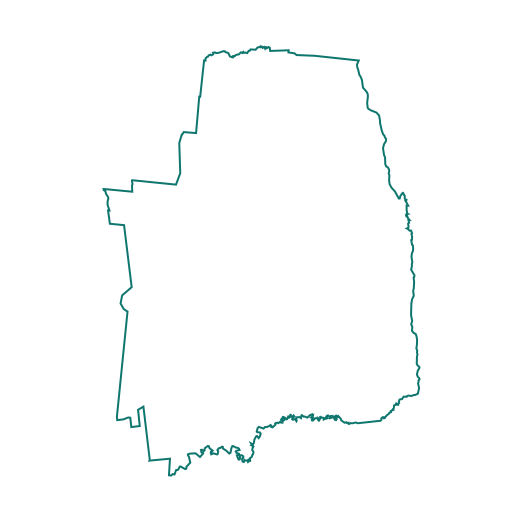 the district of Calamuchita, Córdoba, Argentina, rotated 173°
{"feature_id": "61730980B46916447207534", "entity_name": "Calamuchita", "entity_type": "district", "adm_level": 2, "iso_a3": "ARG", "parent_name": "Argentina", "parent_adm1": "Córdoba", "projection": "orthographic", "projection_center": [-64.638, -32.22], "detail": "fine", "context": "isolated", "style": "outline", "palette": "teal", "viewbox_px": 512, "rotation_deg": 173, "n_neighbors": 0, "source": "geoboundaries", "source_scale": "gbopen_adm2", "svg_char_len": 5879}
<svg xmlns="http://www.w3.org/2000/svg" viewBox="0 0 512 512"><g transform="rotate(173 256 256)"><path d="M130.2,437.5L173.5,447.6L191.2,450.5L193.2,452.5L199.0,454.1L198.5,456.2L216.9,457.8L216.9,461.0L218.1,461.9L219.8,460.9L220.3,462.1L220.7,462.1L221.7,460.7L222.4,462.5L223.8,461.8L224.1,462.8L225.5,462.5L225.8,463.6L227.1,462.9L229.2,462.7L231.2,460.8L236.2,461.7L237.2,460.5L238.3,460.5L240.1,458.4L242.0,459.3L243.3,459.1L243.8,460.1L244.7,459.1L246.1,460.0L248.5,458.2L250.8,458.1L251.9,457.8L252.5,457.1L254.1,457.2L254.2,456.5L254.8,456.7L255.0,456.0L257.5,457.2L258.8,460.9L261.5,462.1L261.8,462.9L263.1,463.3L268.5,462.2L270.9,462.3L272.0,463.1L273.8,463.0L273.5,462.3L273.9,461.4L275.8,460.6L276.6,461.4L278.5,460.9L279.5,459.6L280.3,459.6L282.0,458.3L282.3,456.1L283.7,456.4L292.0,420.9L292.9,421.1L300.5,385.3L312.6,387.8L314.6,385.4L314.9,385.5L317.1,380.5L318.4,377.4L321.1,347.4L326.7,336.6L369.7,346.3L370.0,345.7L369.8,342.5L370.5,340.8L371.0,334.9L399.1,341.1L399.1,339.9L397.6,338.8L397.3,336.0L395.6,332.5L395.6,330.9L396.6,328.5L397.1,325.0L395.9,319.0L397.3,319.2L397.1,305.8L383.2,302.7L383.2,240.2L393.7,233.2L396.2,225.3L393.7,219.4L390.3,216.5L413.7,113.2L413.7,110.0L407.5,110.0L402.5,111.3L400.5,110.8L400.6,101.4L392.1,101.4L391.8,117.7L386.1,120.2L386.3,66.5L386.7,65.9L366.1,65.3L369.1,49.0L367.1,48.4L365.3,49.7L363.5,49.1L361.4,53.2L359.4,53.3L357.3,56.3L356.6,56.3L352.4,53.2L351.2,53.3L350.6,55.4L346.4,58.9L347.0,64.6L347.9,67.1L347.6,67.5L345.4,67.9L340.0,67.5L336.1,63.3L332.5,66.5L332.6,66.9L334.1,67.8L334.2,70.2L333.2,70.3L331.6,68.7L330.8,69.2L330.3,71.4L327.0,73.3L326.0,73.0L325.5,70.8L322.7,68.1L323.7,67.2L324.4,67.2L324.3,66.5L325.0,66.0L324.6,64.6L322.2,65.3L318.9,63.8L318.1,64.2L317.3,66.7L318.0,68.1L316.4,69.7L314.7,69.9L313.1,70.9L312.2,70.6L312.4,69.3L312.0,68.7L309.4,66.6L306.6,63.2L305.3,63.8L303.9,68.1L302.7,70.2L301.8,70.1L299.5,68.4L297.5,67.8L296.3,66.8L296.0,65.4L299.0,65.1L299.9,64.5L299.2,62.8L296.9,61.7L296.8,61.1L297.3,60.5L299.3,60.4L298.1,56.1L297.2,56.0L296.7,56.5L296.2,60.0L294.5,60.0L293.0,58.7L293.2,57.6L294.1,57.1L294.6,56.2L294.4,53.6L293.2,53.0L292.2,54.3L292.2,54.9L291.7,54.4L289.7,54.0L288.5,54.6L288.6,53.7L289.2,53.3L289.0,52.5L287.5,53.5L286.8,53.4L286.6,56.1L284.7,57.1L284.0,58.9L283.4,59.2L282.5,61.1L282.4,62.0L283.4,63.9L282.8,65.8L281.8,67.2L282.9,68.1L282.2,68.1L282.3,69.0L283.5,69.6L283.8,70.6L282.1,69.3L280.9,70.7L279.9,74.1L277.8,77.0L276.9,77.2L275.5,74.9L274.2,76.4L273.0,79.0L273.5,80.3L276.2,81.0L276.7,81.6L275.3,85.1L274.0,86.0L269.5,83.8L268.0,85.1L266.4,84.9L263.7,85.6L262.1,86.5L261.4,85.5L261.7,84.4L260.4,83.9L257.2,86.2L257.4,87.4L256.8,87.8L255.2,88.0L254.2,87.3L252.0,88.7L251.5,87.6L250.1,87.3L249.8,88.5L249.1,89.2L249.7,90.2L250.5,90.2L250.9,90.8L250.1,91.2L248.9,93.0L248.1,92.7L248.4,91.5L247.7,91.3L247.4,90.4L246.6,91.5L245.5,90.2L245.0,90.3L243.5,92.9L243.0,92.7L242.7,91.6L242.0,91.9L241.3,94.2L240.9,94.1L240.7,92.5L239.9,91.9L238.1,93.2L237.5,92.1L238.9,91.1L240.0,89.7L239.4,89.0L237.0,89.4L236.0,87.0L235.7,87.4L235.9,89.4L235.6,90.9L232.5,90.8L231.2,89.7L231.1,90.7L230.3,91.1L230.4,92.1L229.9,92.5L228.2,90.7L227.1,90.7L224.7,89.3L222.0,91.4L219.6,92.0L219.5,91.2L218.7,91.3L219.0,90.3L219.6,89.1L220.5,89.4L221.1,89.0L219.1,88.1L220.6,86.6L220.6,86.1L219.7,85.7L217.1,87.7L215.2,87.6L214.8,88.1L213.7,87.1L215.2,86.2L213.8,86.3L214.2,85.6L213.6,84.9L211.8,87.2L211.9,88.4L211.4,88.5L210.8,87.5L209.2,87.4L208.5,86.7L208.7,85.5L207.6,85.9L207.9,86.3L207.7,86.7L206.7,86.8L206.1,86.0L205.1,86.2L206.3,87.2L205.8,87.9L205.3,87.3L204.8,88.8L204.1,89.0L203.8,88.0L201.7,88.0L202.4,87.5L202.4,86.0L200.4,86.3L199.1,87.3L197.7,84.0L196.7,83.3L195.9,84.0L195.8,85.3L196.8,86.5L197.0,87.3L196.0,87.8L195.4,86.8L194.1,87.3L193.8,86.2L193.2,86.3L191.7,84.0L191.4,82.5L188.4,79.7L186.6,80.0L186.1,79.2L184.8,79.2L185.1,78.6L184.1,77.9L182.3,78.6L180.7,78.2L177.2,78.6L175.4,77.6L152.4,77.3L151.6,78.0L151.4,79.5L150.0,80.6L149.0,80.4L149.0,79.4L148.0,79.4L147.0,80.7L145.0,82.4L143.6,82.9L142.6,84.3L141.1,84.5L141.1,85.7L138.5,86.5L139.0,87.1L137.8,88.1L137.1,90.9L136.0,91.2L134.8,92.6L134.0,92.1L134.3,91.2L133.1,91.0L133.1,91.6L131.8,92.8L132.0,93.7L131.3,95.6L130.7,96.1L128.5,96.2L126.6,98.4L123.8,97.9L123.7,98.3L121.8,98.9L118.6,98.1L116.5,98.8L115.1,98.6L112.1,99.6L110.2,105.2L110.7,109.6L109.9,111.5L109.9,112.7L108.8,113.6L108.8,114.8L110.1,116.3L110.7,118.8L109.3,122.7L107.7,124.5L107.3,125.9L108.8,127.5L109.6,129.3L108.5,136.6L107.7,138.5L108.0,140.3L107.5,142.6L108.1,144.6L107.0,148.8L106.3,153.3L106.5,157.1L107.1,159.3L108.7,160.2L110.3,162.7L109.5,166.6L110.3,169.4L108.9,172.4L109.3,178.4L107.6,189.9L106.3,194.1L104.3,197.2L104.2,202.4L103.3,204.8L102.2,211.1L102.2,215.5L101.4,216.1L101.1,217.6L103.7,223.6L102.4,227.1L102.3,228.9L101.6,230.8L101.8,236.1L101.0,239.5L99.7,241.7L99.1,244.2L99.0,247.4L99.7,248.0L100.0,252.7L99.5,252.7L99.0,253.9L98.7,256.5L99.0,259.0L98.3,259.6L99.0,262.3L100.4,262.4L101.5,263.7L101.5,264.2L102.9,265.0L101.6,265.5L101.0,266.4L101.1,269.5L100.1,270.2L100.3,273.2L99.2,273.0L100.5,275.0L100.8,276.2L101.9,276.9L102.1,278.1L101.1,277.9L101.2,279.4L100.2,279.4L100.7,279.8L100.9,283.0L100.4,287.6L98.8,287.4L100.7,292.1L100.3,292.0L99.8,293.5L100.9,294.0L101.3,294.9L101.1,297.9L101.8,298.7L102.0,300.2L102.5,300.8L103.2,300.4L105.5,297.8L106.4,295.5L107.3,295.7L110.2,303.1L113.2,307.3L114.6,311.0L114.7,314.9L113.8,319.5L114.2,321.9L113.4,324.1L113.4,325.6L114.3,327.9L115.8,329.0L116.5,331.2L115.9,338.1L116.6,340.8L116.8,347.5L115.3,351.4L113.2,353.9L112.6,356.2L113.6,358.1L113.9,359.8L115.0,361.3L115.9,365.2L116.7,373.5L116.4,374.5L116.7,380.5L119.0,383.7L124.6,386.8L126.6,388.5L127.1,389.7L127.0,394.5L125.5,400.7L125.4,403.3L126.2,405.5L129.3,410.1L129.4,418.0L130.6,421.9L131.3,423.0L131.9,428.6L132.5,430.9L132.4,433.8L130.2,437.5Z" fill="none" stroke="#0f766e" stroke-width="2"/></g></svg>